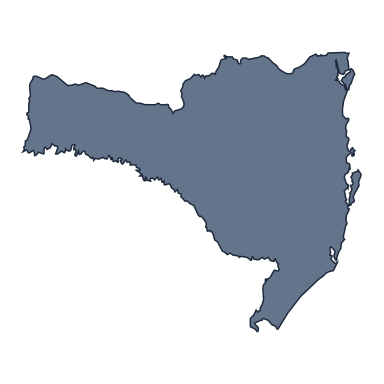 outline of Santa Catarina
{"feature_id": "BRA-614", "entity_name": "Santa Catarina", "entity_type": "State", "adm_level": 1, "iso_a3": "BRA", "parent_name": "Brazil", "parent_adm1": "", "projection": "equal_earth", "projection_center": [-50.571, -27.663], "detail": "fine", "context": "isolated", "style": "filled", "palette": "slate", "viewbox_px": 384, "rotation_deg": 0, "n_neighbors": 0, "source": "natural_earth", "source_scale": "10m", "svg_char_len": 5905}
<svg xmlns="http://www.w3.org/2000/svg" viewBox="0 0 384 384"><path d="M29.5,100.6L28.9,98.4L30.4,96.3L29.6,86.0L30.1,83.6L32.7,79.1L33.4,76.4L36.5,76.2L42.5,78.9L44.9,79.0L50.9,75.1L52.4,74.8L57.1,76.6L67.6,85.5L71.9,85.2L75.4,84.0L78.2,85.3L86.0,82.7L95.0,86.2L96.8,88.2L102.9,88.2L108.3,90.7L111.6,90.7L115.4,91.7L117.9,91.2L124.9,92.5L128.7,95.1L129.9,97.5L136.3,103.1L140.4,103.2L144.5,104.6L154.9,104.8L158.3,103.2L160.8,104.9L167.8,104.5L168.5,105.1L169.0,107.4L170.9,109.2L173.0,113.3L174.7,110.9L181.1,109.0L183.1,107.1L184.0,105.2L183.8,102.1L181.4,96.3L182.1,93.6L180.7,90.9L182.6,87.2L183.2,83.7L185.5,80.7L190.7,78.4L194.2,74.3L195.5,75.2L198.8,74.5L201.0,76.9L202.3,75.2L203.3,75.3L204.5,78.1L205.9,75.9L208.8,75.9L211.8,73.4L213.4,73.3L215.0,74.4L216.1,71.2L218.9,66.9L220.7,60.6L221.4,59.8L226.2,58.4L224.0,56.2L224.3,55.3L227.2,56.8L232.3,56.9L233.7,59.1L237.2,60.0L238.3,63.2L239.9,64.1L240.6,63.4L240.6,60.2L242.6,58.1L245.7,58.0L248.9,59.3L259.3,57.2L261.3,55.8L264.3,56.0L265.3,57.0L268.2,57.9L272.3,62.3L277.1,66.0L278.0,68.1L281.6,70.9L286.0,73.4L288.7,73.9L292.6,73.3L293.7,70.0L294.7,68.9L299.7,67.0L304.6,63.7L309.7,57.1L315.9,54.1L316.5,54.4L316.9,56.1L318.8,55.6L320.1,56.2L321.0,54.8L322.8,55.8L326.4,55.3L328.1,53.0L344.8,52.4L346.4,53.3L349.0,53.2L347.1,58.1L347.9,60.7L348.9,69.1L348.3,70.0L345.6,70.9L343.6,74.4L339.5,73.4L336.2,60.0L335.7,60.5L335.6,62.1L336.4,64.2L336.1,66.8L337.5,68.4L338.1,71.7L337.6,73.7L338.1,75.5L336.7,76.6L338.0,79.0L336.5,78.9L335.5,80.1L339.2,81.3L340.2,83.4L344.6,86.1L345.5,89.5L347.2,91.0L343.6,101.0L342.4,109.8L342.7,115.5L345.9,118.8L348.0,118.2L348.9,119.2L348.5,120.8L346.2,124.3L345.7,126.6L345.8,129.2L346.6,130.9L346.2,136.3L346.7,137.2L347.9,137.4L349.0,139.1L346.9,146.4L348.6,150.9L350.4,150.8L351.4,148.5L352.6,147.7L353.7,150.1L355.0,150.5L353.7,152.2L354.3,154.2L353.9,155.6L352.0,156.1L351.6,155.1L352.5,154.8L352.7,154.1L352.4,153.4L350.9,152.8L346.9,156.2L346.1,158.2L346.7,163.0L349.0,163.6L349.7,164.6L350.2,169.8L349.4,168.1L348.3,172.2L344.9,174.7L344.3,177.4L346.5,183.9L347.8,184.4L348.4,185.4L348.0,188.4L347.5,187.4L344.2,191.3L345.1,193.9L345.4,197.2L346.7,199.8L345.2,201.2L348.7,206.0L347.5,207.4L347.7,208.3L349.1,208.8L348.9,210.3L346.6,214.8L345.9,219.6L347.0,223.8L345.6,226.0L343.5,236.0L343.4,237.9L344.6,239.3L341.3,243.2L340.8,248.5L338.7,252.0L336.6,257.9L337.0,259.6L336.2,260.8L334.2,257.6L333.9,255.9L335.0,251.7L334.7,250.8L331.3,247.0L330.5,246.8L329.9,248.8L330.7,252.5L329.8,254.8L330.1,255.5L332.0,255.6L332.0,256.3L331.0,259.4L335.0,263.2L335.7,263.5L337.4,262.4L333.4,270.6L329.1,271.6L325.6,273.4L323.4,275.9L318.5,279.4L300.8,296.2L287.9,312.9L278.0,329.1L276.8,328.8L275.8,326.4L271.8,324.7L268.3,320.4L263.2,318.4L262.0,320.3L260.6,320.3L254.6,323.2L255.0,324.3L257.7,326.8L258.3,328.3L258.4,330.0L258.0,331.1L257.2,331.6L254.9,328.9L250.4,326.8L250.3,318.6L253.9,314.8L256.1,310.1L257.6,312.0L258.7,311.0L260.3,310.6L260.3,307.7L262.0,305.1L263.6,299.3L262.9,288.8L263.4,285.0L265.3,282.8L265.4,279.3L266.1,279.0L266.6,280.6L268.0,278.7L270.0,277.7L274.0,270.5L275.1,270.2L277.5,271.1L278.7,270.4L279.0,269.3L277.7,265.3L278.5,264.1L276.7,262.4L275.5,259.0L274.9,259.2L274.0,261.3L271.8,261.1L270.0,260.2L268.3,257.4L264.4,259.1L262.2,257.4L259.0,259.6L257.6,259.8L253.7,259.0L253.0,256.8L252.3,256.8L251.7,257.8L251.6,260.1L250.6,260.2L247.2,257.4L240.9,256.4L239.2,257.4L238.4,256.0L233.0,255.1L230.7,253.4L228.9,253.5L227.3,254.6L224.8,252.3L222.3,251.1L217.7,242.1L214.7,239.9L212.8,233.2L211.7,231.4L211.0,231.8L209.4,230.3L207.9,231.4L207.1,230.8L206.9,227.9L205.6,227.1L206.3,225.1L205.9,222.4L202.3,217.2L201.2,216.2L199.9,216.7L198.2,215.0L193.9,205.6L189.7,203.4L187.2,200.9L184.9,201.2L182.7,198.4L180.9,196.9L181.2,194.1L178.2,193.1L177.5,189.6L174.9,191.9L173.8,189.3L171.5,187.9L170.1,184.2L168.3,183.9L164.8,185.0L163.9,183.9L164.1,181.1L162.0,182.2L161.0,178.3L159.1,180.0L158.3,179.4L157.8,177.4L157.1,177.1L154.5,180.0L153.0,178.2L150.7,178.3L150.2,179.1L150.7,181.1L146.1,180.2L146.5,178.4L145.6,177.1L144.7,180.8L143.7,180.2L143.1,178.9L142.3,174.9L141.1,176.1L139.7,176.0L141.3,174.6L140.0,172.9L136.3,170.3L140.1,169.8L139.2,168.2L136.5,167.5L135.8,164.9L130.1,165.0L130.3,162.7L129.7,162.0L127.1,162.2L125.9,159.9L122.7,164.1L121.7,163.6L120.4,160.8L120.3,160.2L121.7,159.9L122.0,159.1L121.4,158.3L118.6,158.0L117.9,158.8L118.4,161.9L117.5,162.3L116.3,160.8L113.3,161.6L112.3,157.8L111.4,157.6L111.3,160.2L109.3,155.6L108.7,155.6L106.9,159.0L104.2,158.4L103.4,157.3L98.5,159.1L95.3,158.4L93.7,160.4L93.2,158.0L92.6,157.4L91.3,158.4L88.4,155.4L85.8,154.3L84.7,151.3L83.2,151.1L80.8,154.0L79.6,154.5L78.8,153.6L78.5,151.3L76.6,155.8L75.5,156.1L74.8,154.8L76.0,151.6L75.9,150.3L75.2,149.4L73.8,149.8L73.6,148.0L74.9,145.7L74.9,145.0L73.9,144.6L72.7,144.9L71.7,146.0L70.8,150.2L69.6,151.1L67.4,150.7L65.8,148.8L64.9,152.2L64.2,152.8L61.6,151.1L57.2,154.1L55.6,153.9L57.9,147.6L57.5,146.5L54.6,145.8L52.2,143.7L50.2,147.7L47.5,149.2L46.9,149.4L45.7,147.3L45.0,147.2L44.1,148.3L44.0,153.6L43.0,153.9L38.7,152.2L36.0,155.2L34.7,155.6L34.1,151.5L33.1,150.5L29.5,152.8L28.1,152.6L27.4,150.8L26.4,150.0L23.0,151.7L24.4,149.3L23.7,147.2L25.2,145.6L25.4,141.0L27.4,139.7L30.8,129.8L30.9,127.3L29.3,119.3L28.2,119.0L28.5,116.1L27.1,115.1L26.8,114.1L26.9,113.2L28.5,112.4L28.9,110.9L28.7,104.6L29.5,100.6ZM357.5,171.2L358.0,169.9L360.8,173.8L361.0,175.6L358.6,181.9L359.0,185.6L353.5,195.8L353.4,197.6L354.3,200.5L354.1,201.7L351.9,202.9L350.6,205.2L349.2,205.3L349.3,198.9L350.5,194.1L349.6,193.5L351.8,190.1L351.7,188.3L350.4,185.5L352.3,184.9L353.1,183.8L352.9,182.4L351.9,181.6L352.3,179.7L351.0,177.1L352.6,174.5L352.3,173.2L357.5,171.2ZM351.2,83.2L349.3,86.0L348.7,89.8L347.0,89.1L345.1,84.6L341.3,80.7L343.1,77.5L344.9,77.1L345.9,74.7L350.4,71.8L350.0,69.8L351.1,68.7L353.0,70.1L354.7,74.4L353.5,76.1L351.2,83.2Z" fill="#64748b" stroke="#1e293b" stroke-width="1.5"/></svg>